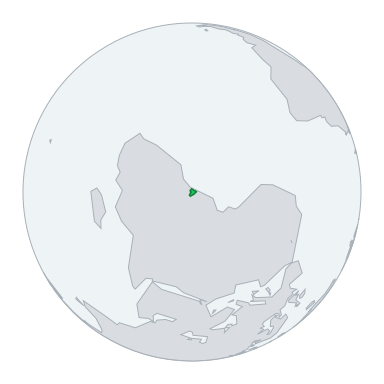 globe centered on Zaire, rotated 147°
{"feature_id": "AGO-1882", "entity_name": "Zaire", "entity_type": "Province", "adm_level": 1, "iso_a3": "AGO", "parent_name": "Angola", "parent_adm1": "", "projection": "orthographic", "projection_center": [13.603, -6.817], "detail": "fine", "context": "on_globe", "style": "filled", "palette": "green", "viewbox_px": 384, "rotation_deg": 147, "n_neighbors": 0, "source": "natural_earth", "source_scale": "10m", "svg_char_len": 6699}
<svg xmlns="http://www.w3.org/2000/svg" viewBox="0 0 384 384"><g transform="rotate(147 192 192)"><circle cx="192" cy="192" r="169" fill="#eef3f6" stroke="#a8b0b8"/><path d="M109.6,44.5L101.4,49.6L97.4,53.3L95.0,55.2L88.3,59.4L85.6,60.8L81.6,64.1L95.1,53.6L109.6,44.5ZM79.5,66.0L83.8,62.4L77.7,68.0L77.2,68.6L78.3,68.0L81.2,65.5L79.4,67.5L71.8,73.6L73.3,71.9L75.7,69.8L74.4,70.8L70.4,74.7L79.5,66.0ZM67.4,77.9L66.5,78.9L66.2,79.2L67.4,77.9ZM26.1,159.9L26.2,159.2L27.5,154.3L25.7,163.9L27.9,154.5L27.6,158.5L31.3,155.9L30.5,158.2L33.4,168.0L39.4,171.2L40.8,178.0L39.8,182.7L42.5,183.3L42.6,186.3L56.2,188.5L65.4,194.8L66.6,205.2L61.8,217.9L64.3,243.9L57.6,253.8L60.5,264.4L63.3,280.4L58.6,280.5L64.7,287.4L66.0,292.3L64.3,293.4L68.1,298.6L67.1,299.2L70.7,302.2L75.2,309.5L81.1,314.5L85.9,320.3L89.9,323.1L89.4,323.2L90.6,324.6L92.7,326.3L88.6,324.4L80.4,317.8L76.7,314.0L76.0,313.8L67.5,304.1L69.0,306.4L57.5,292.5L49.9,280.5L33.9,246.7L31.3,240.4L28.5,234.3L26.6,226.7L24.4,213.4L23.2,200.1L23.1,186.6L24.1,173.2L26.1,159.9ZM97.6,328.8L90.0,325.3L93.3,326.8L90.4,323.7L96.3,326.6L97.6,328.8ZM91.3,320.7L91.0,318.7L92.5,319.4L93.0,321.0L91.3,320.7ZM357.2,156.6L356.0,151.9L358.3,163.6L360.2,175.5L360.9,186.9L360.6,183.1L359.6,171.9L358.7,167.4L357.0,157.1L352.6,141.0L352.2,142.5L350.4,136.5L344.3,123.2L342.6,125.2L341.3,138.4L344.1,153.9L342.3,160.0L332.6,136.1L326.9,121.3L324.2,122.0L313.5,109.0L297.3,106.1L294.3,102.4L291.4,103.7L283.8,99.6L278.9,93.8L274.6,93.8L287.4,109.3L292.0,109.5L294.8,104.2L297.5,109.8L304.8,115.5L299.3,128.0L274.1,138.3L270.5,126.8L245.5,96.6L245.6,93.5L245.5,93.1L245.1,92.5L244.0,97.5L239.3,92.0L253.9,112.1L256.8,121.1L273.8,139.0L272.5,140.7L277.6,144.7L292.6,141.5L293.0,145.4L286.6,163.1L264.8,187.7L267.0,205.8L264.4,221.3L249.5,231.2L249.4,243.6L241.5,247.7L240.1,254.8L233.0,262.3L221.6,269.4L203.6,269.6L203.6,263.0L196.2,250.6L186.5,220.9L192.1,207.4L190.9,197.1L177.8,175.3L180.8,163.0L177.0,158.1L169.4,159.7L164.9,154.0L160.2,154.1L130.0,160.7L120.3,154.0L107.3,132.8L112.3,123.3L112.2,113.4L146.2,78.6L154.5,79.6L182.4,74.3L186.1,75.2L184.0,82.1L205.9,90.2L211.6,84.3L230.3,89.3L242.0,89.5L244.0,77.0L224.9,76.2L220.4,70.3L234.7,65.7L251.3,67.5L250.1,65.3L238.6,59.9L241.4,56.5L234.5,57.9L238.1,60.1L233.9,61.3L230.4,59.4L231.5,58.1L226.2,57.0L222.2,64.2L225.4,67.2L212.2,68.5L216.2,73.9L213.0,76.5L205.0,68.4L205.0,65.5L191.1,57.9L189.9,60.9L203.0,68.5L199.3,67.9L197.8,73.0L196.1,68.7L182.1,60.4L169.5,63.0L155.2,76.3L147.5,78.2L140.3,76.5L143.7,64.0L160.6,61.5L162.0,57.8L157.2,53.4L162.7,53.3L162.8,51.4L169.0,50.7L176.3,46.0L182.4,45.2L183.9,40.3L187.2,39.5L185.4,42.4L187.4,44.5L202.4,43.9L204.9,42.9L204.6,39.9L208.8,40.5L206.6,37.8L214.6,37.0L203.1,35.9L202.5,33.3L206.5,31.6L204.3,30.7L197.7,33.7L197.0,35.2L199.6,36.6L195.7,41.6L190.9,42.6L187.1,37.3L179.8,38.5L180.1,34.6L197.7,27.6L205.7,26.9L221.9,30.2L220.8,31.3L214.5,30.5L221.6,33.3L220.4,32.0L223.9,32.8L224.2,31.1L226.6,31.6L222.7,29.5L225.8,29.9L228.2,31.3L231.3,30.0L237.2,31.0L236.7,30.6L234.5,29.8L243.6,32.0L242.8,31.7L239.6,30.7L235.9,29.4L233.0,28.3L236.3,29.1L237.8,29.6L245.9,32.3L249.3,34.1L250.4,34.3L248.2,33.1L238.3,29.7L235.6,28.8L240.5,30.3L238.5,29.7L238.2,29.5L241.0,30.3L238.4,29.5L250.0,33.3L261.3,37.9L272.2,43.3L282.7,49.4L292.7,56.4L302.2,64.0L311.2,72.2L319.5,81.1L327.2,90.6L334.1,100.6L340.3,111.1L345.8,122.0L350.4,133.3L354.2,144.8L357.2,156.6ZM135.9,94.8L135.3,97.7L135.9,94.8ZM269.9,76.8L279.1,78.4L272.9,70.5L275.9,70.6L272.8,68.1L272.4,69.9L264.3,63.4L267.6,61.9L265.4,59.0L262.2,58.4L257.7,62.2L269.2,71.3L268.0,74.1L269.9,76.8ZM31.5,155.7L31.7,157.3L30.9,157.7L31.5,155.7ZM33.9,135.6L34.4,136.0L33.3,137.3L33.9,135.6ZM31.8,138.3L32.3,137.0L33.4,133.8L33.5,135.8L31.6,139.6L31.7,138.7L31.8,138.3ZM78.1,67.6L78.7,67.2L79.2,67.0L77.8,68.1L78.1,67.6ZM88.7,61.2L85.5,64.5L86.8,62.7L84.2,64.6L83.7,63.6L93.8,56.1L89.3,59.5L88.7,61.2ZM85.8,60.8L85.0,61.9L85.4,61.1L85.8,60.8ZM157.1,43.7L159.7,44.3L158.0,46.4L150.2,48.8L152.6,45.6L157.1,43.7ZM163.7,45.0L162.1,39.9L166.9,38.7L164.5,40.2L167.8,39.9L164.8,42.2L170.9,46.6L169.8,48.8L156.1,51.1L161.2,48.9L158.3,48.1L163.7,45.0ZM149.7,33.6L149.1,32.7L160.2,31.1L159.5,32.3L151.8,34.3L148.0,34.2L149.7,33.6ZM178.6,23.6L180.9,23.4L176.0,23.8L176.9,23.8L173.9,24.2L171.8,24.7L169.4,25.0L169.6,25.1L167.6,25.6L167.1,25.9L162.7,26.7L161.7,27.3L160.1,27.4L159.6,28.3L158.0,28.0L155.3,28.9L158.3,28.7L135.6,34.4L127.4,37.9L121.4,41.1L119.4,40.9L123.8,38.0L131.5,34.4L139.7,31.5L137.3,32.2L140.5,31.1L141.1,31.0L142.1,30.6L154.1,27.4L166.3,25.0L178.6,23.6ZM189.6,72.6L192.3,72.8L196.4,72.4L195.5,75.8L189.6,72.6ZM179.9,67.0L182.3,66.4L183.0,70.5L180.2,70.5L179.9,67.0ZM182.9,62.9L182.3,66.1L181.0,64.4L182.9,62.9ZM187.5,42.0L190.0,41.6L190.5,42.2L189.4,43.4L187.5,42.0ZM194.4,24.1L192.1,23.9L192.7,23.8L190.3,23.4L193.7,23.3L196.5,23.5L194.4,24.1ZM241.1,79.0L238.2,81.2L236.2,80.0L237.6,79.4L241.1,79.0ZM216.1,78.1L222.1,79.7L215.7,79.0L216.1,78.1ZM197.7,23.9L196.3,23.7L198.9,23.8L197.7,23.9ZM196.1,23.3L199.0,23.4L193.9,23.3L196.1,23.3ZM283.9,310.4L283.3,312.8L281.5,312.7L283.9,310.4ZM289.8,220.6L276.5,247.6L269.6,247.2L269.5,238.8L275.2,222.3L283.7,218.2L288.2,211.0L289.8,220.6ZM360.4,206.0L360.6,199.4L358.4,173.1L359.3,174.5L361.0,191.0L361.0,192.9L360.9,194.0L360.9,194.8L360.4,206.0ZM344.7,155.5L347.7,165.6L346.4,166.7L344.7,155.5ZM224.8,26.3L224.2,26.6L226.1,27.6L230.7,28.9L224.0,27.5L221.1,26.1L224.8,26.3ZM208.8,23.9L208.4,23.9L206.3,23.7L208.8,23.9Z" fill="#d9dde1" stroke="#a8b0b8" stroke-width="1"/><path d="M193.0,189.1L193.6,189.2L193.8,189.3L194.2,189.3L194.4,189.3L194.6,189.3L194.8,189.3L195.2,189.2L195.4,189.2L195.4,189.4L195.7,189.7L195.7,189.8L195.8,190.1L195.9,190.3L196.0,190.4L196.0,190.5L195.9,190.6L195.6,190.9L195.5,191.1L195.4,191.2L195.2,191.3L194.7,191.4L194.6,191.5L194.4,191.6L194.2,191.6L194.0,191.8L193.9,191.8L193.9,192.0L193.6,192.1L193.4,192.2L193.2,192.2L193.2,192.3L192.9,192.4L192.7,192.4L192.6,192.5L192.7,192.9L192.8,192.9L192.8,193.0L192.8,193.4L192.8,193.5L192.9,193.8L193.0,193.9L193.0,194.0L192.9,194.1L192.7,194.2L192.6,194.4L192.5,194.5L192.4,194.5L192.2,194.5L191.7,194.7L191.4,194.6L191.2,194.6L190.9,194.7L190.9,194.8L190.7,194.9L190.2,194.2L190.1,193.8L190.0,193.5L189.9,193.4L189.8,193.2L189.7,192.6L189.7,192.4L189.4,192.0L189.1,191.8L188.9,191.5L188.6,191.0L188.5,190.7L188.4,190.4L188.2,190.2L188.1,189.9L188.3,189.8L188.3,190.0L188.3,189.9L188.6,189.9L188.8,189.9L189.0,189.8L189.2,189.7L189.3,189.7L189.5,189.7L189.8,189.6L190.0,189.5L190.1,189.4L190.3,189.3L190.5,189.3L190.6,189.2L190.8,189.2L191.0,189.2L191.2,189.3L191.3,189.2L191.7,189.2L191.8,189.2L192.1,189.2L192.6,189.2L193.0,189.1Z" fill="#22c55e" stroke="#15803d" stroke-width="1.5"/></g></svg>